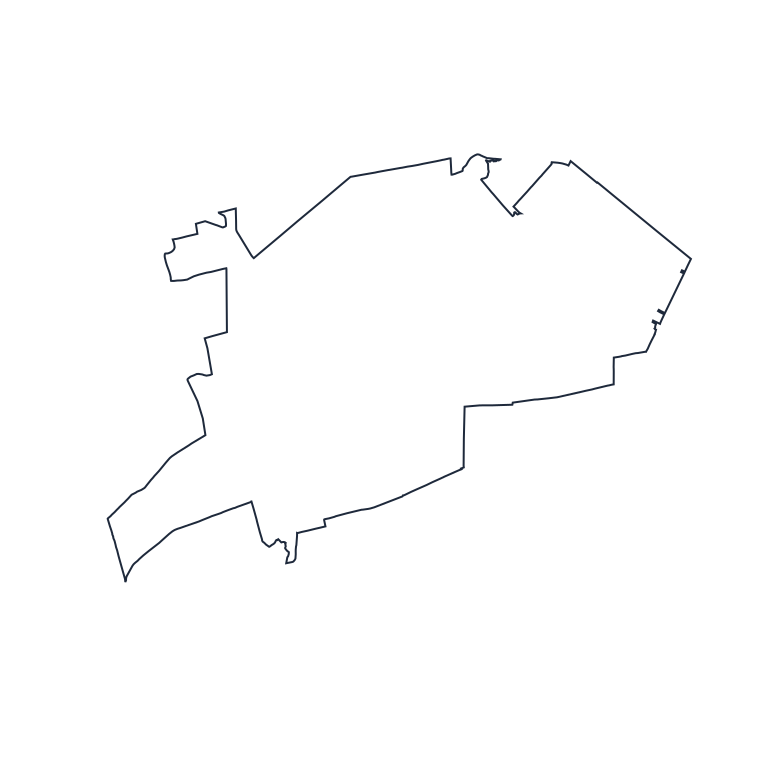 the district of Trifesti, Neamt, Romania, rotated 289°
{"feature_id": "2599482B56536126693298", "entity_name": "Trifesti", "entity_type": "district", "adm_level": 2, "iso_a3": "ROU", "parent_name": "Romania", "parent_adm1": "Neamt", "projection": "mercator", "projection_center": [26.835, 46.906], "detail": "fine", "context": "isolated", "style": "outline", "palette": "slate", "viewbox_px": 768, "rotation_deg": 289, "n_neighbors": 0, "source": "geoboundaries", "source_scale": "gbopen_adm2", "svg_char_len": 6142}
<svg xmlns="http://www.w3.org/2000/svg" viewBox="0 0 768 768"><g transform="rotate(289 384 384)"><path d="M644.1,520.2L643.6,519.9L648.9,505.8L649.7,503.6L655.5,487.9L650.6,487.3L650.8,485.2L650.6,480.9L650.3,478.9L649.8,476.3L649.1,473.5L648.3,470.4L647.3,470.5L647.0,470.8L646.4,470.8L645.3,470.4L633.5,465.5L632.5,465.2L629.6,463.8L619.3,459.6L617.9,458.9L612.2,456.6L606.5,454.1L604.6,453.3L601.1,451.7L599.2,451.0L593.9,448.7L593.0,450.5L591.0,454.3L590.1,456.2L589.8,457.7L589.6,457.2L589.2,456.6L588.8,456.1L587.8,455.2L587.9,454.5L589.1,452.1L588.9,451.5L588.3,451.3L587.0,451.8L585.8,451.7L584.7,451.1L584.6,450.9L585.6,449.0L591.6,438.2L599.1,425.5L600.3,423.3L608.8,409.4L609.7,409.6L611.2,412.0L612.3,413.3L613.2,414.0L614.4,414.1L614.8,414.2L615.7,414.2L616.9,413.9L618.2,414.0L619.2,413.7L621.0,412.6L622.4,412.1L626.2,410.6L626.4,410.3L627.8,408.6L628.5,407.7L628.8,407.0L628.8,407.6L628.6,409.0L628.7,409.9L628.7,411.7L629.6,411.7L630.9,414.3L630.9,414.6L630.7,414.7L630.3,415.1L630.2,415.3L630.4,415.7L630.7,415.8L631.2,416.4L631.0,417.2L631.1,417.3L631.5,417.7L631.9,417.8L632.6,418.3L632.6,419.4L632.9,419.9L633.4,420.2L634.2,421.1L634.4,421.1L634.3,420.7L633.0,415.4L632.7,414.5L632.1,411.8L631.6,409.5L631.3,408.6L631.1,408.0L631.2,406.8L631.3,405.4L631.4,403.4L631.5,402.6L631.6,402.1L631.6,401.1L631.9,399.8L631.7,398.1L631.4,397.3L630.0,395.7L628.3,394.2L626.4,392.8L625.3,392.2L623.1,391.5L622.0,391.2L617.9,390.5L616.6,389.9L615.0,388.9L614.6,388.7L613.3,388.4L612.9,388.5L611.3,388.9L610.9,388.8L609.1,386.7L607.2,384.3L606.0,383.0L604.1,380.3L603.9,379.7L605.8,378.8L609.1,377.5L619.0,373.5L618.4,372.1L617.7,371.0L615.6,367.6L615.1,366.6L613.9,364.7L611.7,361.0L604.9,349.2L602.2,344.8L599.1,339.2L597.2,335.5L594.4,330.7L593.7,329.3L588.1,319.2L587.7,318.4L584.1,312.0L582.4,309.0L581.1,306.9L574.9,295.6L569.6,286.1L569.0,284.9L558.0,278.3L536.7,265.6L509.5,249.1L489.8,237.4L468.0,224.3L460.6,219.9L461.1,218.8L462.2,217.0L463.5,215.4L477.7,198.3L479.6,195.9L480.6,194.9L481.2,194.4L482.3,193.8L490.4,190.9L501.7,186.7L497.4,180.1L495.0,176.8L492.4,172.0L492.0,172.2L491.6,174.0L491.3,176.7L491.0,178.1L490.8,178.4L489.3,179.9L488.4,180.5L487.7,180.8L483.7,182.6L482.0,183.1L480.8,182.2L480.0,181.1L479.7,180.9L479.6,180.7L479.5,179.9L479.6,176.3L479.7,174.0L479.6,173.8L479.7,161.9L474.2,154.0L465.2,158.7L459.3,149.3L456.8,145.6L454.2,141.5L453.5,140.3L452.9,139.0L452.3,138.1L451.9,137.2L451.0,137.9L450.2,138.6L448.2,139.9L446.8,140.7L445.0,141.6L444.3,141.6L443.1,141.6L441.4,141.0L439.9,140.1L439.0,139.3L437.8,138.0L437.2,137.2L436.8,136.4L436.4,135.3L436.1,134.7L435.4,134.5L433.7,134.9L432.2,135.6L430.0,137.0L428.4,138.0L425.5,140.1L422.1,142.9L420.0,144.6L417.7,146.2L415.4,147.6L413.6,148.3L412.2,149.1L412.4,150.0L413.1,151.9L414.5,154.8L415.8,158.2L416.8,160.4L418.7,164.0L420.0,165.2L423.9,169.1L427.2,173.5L431.5,180.0L433.6,183.9L440.4,194.3L442.1,197.2L441.4,197.6L381.9,218.6L373.4,206.1L368.8,199.6L360.3,205.4L337.2,218.1L335.7,216.4L334.1,213.4L333.8,210.5L333.9,209.6L333.8,208.7L333.2,205.5L332.5,203.7L330.2,201.3L328.0,198.7L325.5,197.1L324.9,196.8L324.4,196.7L323.4,197.2L307.1,213.2L292.4,223.9L277.5,231.8L265.0,221.3L262.4,219.4L252.1,211.1L246.5,206.9L246.0,206.6L244.3,205.6L242.1,204.7L238.6,203.3L228.6,199.6L227.2,199.0L222.2,196.8L220.2,196.1L217.4,194.9L211.0,192.6L208.6,191.8L207.6,191.3L204.8,189.0L203.3,187.3L201.8,185.6L200.4,184.6L197.1,181.4L192.2,179.3L189.3,177.9L187.7,177.2L181.4,173.9L180.6,173.6L178.0,172.3L175.1,171.0L171.8,169.2L170.1,168.5L167.1,166.7L166.6,166.6L160.2,171.2L157.0,173.7L154.2,175.7L153.1,176.2L151.8,177.5L151.6,177.5L149.7,178.6L149.2,179.2L147.8,180.4L144.3,182.7L142.6,183.7L139.9,185.8L134.5,189.3L121.8,198.1L115.6,202.4L114.5,203.0L112.5,203.9L114.5,204.0L115.5,203.6L117.0,203.3L118.5,203.3L130.4,205.4L132.2,206.0L133.9,206.9L136.6,208.6L138.8,209.6L143.5,212.2L149.6,216.0L160.6,223.2L164.3,225.2L172.2,229.6L175.8,231.9L177.6,233.4L178.2,234.0L180.0,236.1L181.6,238.3L185.1,242.7L193.7,253.7L196.3,256.6L201.3,262.4L202.9,264.1L206.8,269.2L209.0,272.0L210.4,273.4L212.6,276.0L214.1,277.8L215.8,279.9L217.5,282.0L218.2,283.2L218.7,283.8L220.1,285.3L228.8,296.2L229.3,296.7L229.7,296.7L229.8,296.9L223.6,301.3L214.3,307.7L212.8,308.6L203.4,314.9L197.3,319.3L196.2,319.8L195.5,320.6L195.2,321.4L195.0,322.2L194.1,324.1L193.8,324.6L192.7,328.4L193.5,329.2L195.0,330.1L196.9,331.7L198.5,332.5L200.2,332.7L201.5,333.1L201.6,333.9L202.8,334.5L200.8,338.5L201.5,339.5L202.0,340.6L202.1,341.8L201.7,342.8L200.9,342.5L200.2,343.1L199.3,343.4L198.7,343.9L196.7,343.9L196.0,344.6L194.8,346.5L194.0,348.8L192.2,349.3L189.9,349.4L188.7,349.0L182.7,349.9L185.8,355.2L186.2,355.7L186.6,356.1L188.3,356.8L189.2,357.0L190.1,357.1L194.2,356.0L197.3,354.9L198.9,354.4L201.8,353.7L203.1,353.6L212.2,351.2L214.9,350.3L214.9,350.8L217.4,354.5L220.3,359.3L225.2,366.9L227.3,370.3L230.3,375.0L236.0,371.6L236.5,371.6L237.0,372.2L239.1,375.8L242.3,380.4L243.3,381.5L249.7,391.0L257.8,403.7L258.3,404.9L260.7,409.6L261.8,411.5L264.2,414.9L283.7,438.0L284.9,438.3L284.9,438.6L285.6,439.5L290.9,444.8L295.2,449.4L302.4,457.2L306.9,461.7L313.0,468.2L314.1,469.3L315.4,470.7L315.7,470.9L323.7,479.5L327.0,483.1L328.6,485.0L328.9,485.2L329.3,484.5L331.1,486.6L332.6,485.9L358.3,477.3L388.8,467.6L395.0,481.6L399.3,493.9L406.1,511.9L406.2,512.1L408.3,511.8L418.4,531.6L419.3,534.0L424.0,544.1L427.8,552.0L440.9,573.2L443.3,577.0L446.6,582.5L448.3,585.0L455.3,596.0L456.0,597.3L457.5,599.6L458.4,601.3L470.8,597.1L473.0,596.3L474.8,595.6L483.8,592.7L486.2,597.3L487.3,599.2L487.8,599.8L489.5,603.0L493.5,609.3L495.1,612.0L495.9,613.9L499.7,620.8L499.7,621.2L503.2,621.9L508.0,622.3L512.1,622.8L518.9,623.8L518.9,623.6L521.0,623.7L523.8,623.5L523.7,623.2L524.5,621.7L525.4,622.0L525.9,622.0L526.5,621.7L527.6,621.6L528.9,621.7L529.3,621.6L530.0,617.8L530.8,617.8L531.6,617.8L530.7,625.4L532.1,625.4L534.5,625.6L541.1,626.3L541.7,621.7L542.2,619.4L543.6,619.7L543.1,622.1L542.5,626.5L586.2,631.7L586.5,628.5L588.5,628.7L588.2,631.9L595.7,632.7L602.2,633.5L617.2,592.6L631.3,554.6L638.8,534.4L644.1,520.2Z" fill="none" stroke="#1e293b" stroke-width="2"/></g></svg>